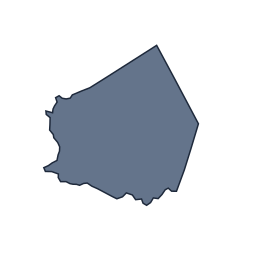 the district of Chã Preta, Alagoas, Brazil, rotated 306°
{"feature_id": "56859067B70513869216863", "entity_name": "Chã Preta", "entity_type": "district", "adm_level": 2, "iso_a3": "BRA", "parent_name": "Brazil", "parent_adm1": "Alagoas", "projection": "mercator", "projection_center": [-36.315, -9.242], "detail": "fine", "context": "isolated", "style": "filled", "palette": "slate", "viewbox_px": 256, "rotation_deg": 306, "n_neighbors": 0, "source": "geoboundaries", "source_scale": "gbopen_adm2", "svg_char_len": 874}
<svg xmlns="http://www.w3.org/2000/svg" viewBox="0 0 256 256"><g transform="rotate(306 128 128)"><path d="M45.0,105.0L48.2,109.4L48.9,113.8L50.3,116.8L52.1,119.3L53.2,122.5L57.1,124.7L59.5,127.4L59.7,133.0L61.0,139.1L63.4,156.0L64.2,160.6L69.1,164.0L74.5,164.8L76.4,170.9L74.5,176.3L78.5,180.7L76.0,184.4L76.4,188.5L80.9,190.1L86.3,189.6L88.6,193.9L94.2,194.6L99.9,194.4L103.0,195.9L102.5,200.4L105.3,204.4L127.2,198.2L148.2,191.1L172.8,182.5L196.0,135.1L211.7,102.6L156.4,80.8L138.0,73.4L131.0,68.9L122.1,63.5L118.2,63.7L115.2,60.9L113.4,57.3L113.6,53.3L110.0,51.6L107.3,55.4L102.5,55.6L99.3,56.2L96.0,58.0L93.5,51.6L90.9,53.9L90.6,58.9L84.8,62.9L80.3,65.8L78.8,71.4L76.5,73.7L75.0,79.6L72.6,83.8L69.0,86.2L65.3,87.2L60.0,89.6L55.3,87.2L50.8,85.7L46.4,83.2L44.3,86.7L47.9,91.9L49.9,98.7L46.9,100.7L45.0,105.0Z" fill="#64748b" stroke="#1e293b" stroke-width="1.5"/></g></svg>